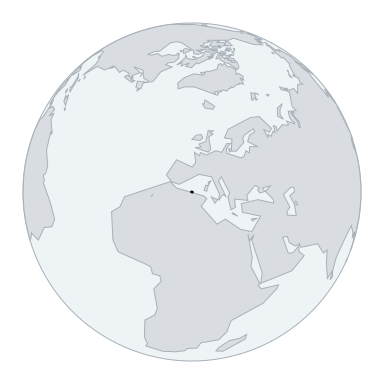 Tizi Ouzou highlighted on a globe, orthographic projection, rotated 29°
{"feature_id": "DZA-2197", "entity_name": "Tizi Ouzou", "entity_type": "Province", "adm_level": 1, "iso_a3": "DZA", "parent_name": "Algeria", "parent_adm1": "", "projection": "orthographic", "projection_center": [4.213, 36.689], "detail": "fine", "context": "on_globe", "style": "filled", "palette": "ink", "viewbox_px": 384, "rotation_deg": 29, "n_neighbors": 0, "source": "natural_earth", "source_scale": "10m", "svg_char_len": 10102}
<svg xmlns="http://www.w3.org/2000/svg" viewBox="0 0 384 384"><g transform="rotate(29 192 192)"><circle cx="192" cy="192" r="169" fill="#eef3f6" stroke="#a8b0b8"/><path d="M89.7,57.5L91.3,56.3L104.3,48.8L99.9,51.6L103.5,49.8L109.3,46.4L112.3,44.6L132.6,37.1L152.6,30.5L156.7,28.4L157.5,29.3L163.8,25.8L173.2,24.2L163.9,26.2L164.0,26.6L171.0,25.3L172.6,25.5L176.9,25.2L178.2,25.7L172.7,27.4L173.4,27.9L178.3,27.0L182.7,27.3L175.3,28.5L182.2,29.3L174.2,33.1L153.5,37.5L150.3,41.6L132.2,51.7L135.1,51.8L130.1,56.3L131.6,58.3L127.8,60.0L132.3,60.2L135.5,58.2L138.5,57.8L139.6,58.9L135.0,61.1L133.8,60.9L133.0,62.2L130.2,62.9L132.3,63.2L126.5,66.0L133.9,64.9L130.7,68.7L126.5,70.2L124.8,67.7L110.7,66.4L105.9,67.9L100.8,72.0L95.6,84.3L91.2,87.3L86.7,92.9L90.1,92.1L94.8,87.5L100.0,87.9L105.2,82.7L108.1,82.3L114.2,78.3L115.5,81.5L113.5,87.1L108.5,90.7L107.4,93.4L114.0,92.3L106.4,102.0L104.5,113.6L102.3,116.1L94.7,115.9L90.0,109.3L80.2,110.7L88.8,112.7L83.1,119.5L83.1,122.1L84.8,123.6L87.8,122.3L86.3,125.4L77.2,124.2L78.4,121.3L81.3,121.6L79.1,118.7L72.9,118.7L70.5,122.6L63.7,119.7L61.9,122.6L59.4,123.8L62.7,119.3L56.6,127.6L48.3,128.0L39.8,142.9L45.7,127.6L46.3,122.5L46.2,118.1L44.7,120.4L46.7,112.5L45.0,111.7L39.3,120.7L34.6,131.5L32.9,138.8L34.7,136.1L34.9,140.2L29.7,149.6L29.1,160.4L26.3,169.3L25.4,177.0L26.4,180.2L27.0,187.2L29.2,184.7L31.9,186.7L30.2,194.9L33.1,190.4L33.7,197.2L40.2,207.0L39.3,208.1L44.5,226.0L53.1,239.0L55.0,246.9L53.7,249.5L57.4,253.5L57.5,255.9L74.4,271.1L85.1,282.5L86.2,290.3L80.0,294.7L80.9,308.6L71.4,305.6L73.5,310.2L73.7,312.7L71.7,310.6L62.0,299.9L53.3,288.5L45.6,276.3L39.0,263.6L38.9,263.4L35.8,256.3L33.8,251.4L29.8,239.3L26.7,226.9L24.5,214.3L24.2,208.9L23.7,203.0L25.3,198.1L26.3,185.6L26.1,181.8L25.0,183.5L25.6,168.8L27.6,157.9L34.7,130.3L40.0,118.2L46.2,106.6L53.3,95.5L61.3,85.0L70.0,75.1L79.5,65.9L89.7,57.5ZM37.2,147.2L36.8,164.1L34.6,159.2L35.5,159.1L36.1,153.7L36.4,146.3L35.2,142.8L37.2,147.2ZM42.4,143.9L42.2,141.6L42.7,143.3L42.4,143.9ZM113.3,43.9L109.3,46.3L103.5,49.6L106.6,47.4L113.3,43.9ZM124.6,38.7L123.2,39.7L119.2,40.9L121.3,40.0L124.6,38.7ZM159.3,27.1L155.7,28.1L158.6,27.1L159.3,27.1ZM177.3,25.1L177.8,24.8L179.8,24.8L177.3,25.1ZM113.1,76.8L113.6,77.5L112.2,77.9L113.1,76.8ZM115.2,74.5L113.2,74.4L113.9,73.3L115.1,73.4L115.2,74.5ZM183.6,25.7L186.7,26.0L182.6,25.9L183.6,25.7ZM117.6,74.9L115.4,71.4L116.7,69.6L122.6,68.4L117.6,74.9ZM187.9,26.3L195.5,27.3L197.3,26.6L196.5,29.4L190.3,27.4L184.9,27.4L188.0,26.9L187.9,26.3ZM136.0,57.2L132.6,59.3L134.3,56.6L136.0,57.2ZM136.3,55.6L137.2,48.8L142.7,46.6L141.3,49.2L147.5,45.8L149.7,48.0L146.8,50.4L142.8,51.3L146.7,51.5L136.3,55.6ZM194.8,31.0L195.8,31.6L193.7,31.3L194.8,31.0ZM139.8,57.4L139.5,56.1L144.2,54.0L145.7,56.2L143.7,56.2L139.8,57.4ZM148.0,44.0L151.8,43.0L154.7,44.4L156.5,44.3L150.3,47.9L148.0,44.0ZM143.2,57.2L146.3,57.5L145.2,59.5L140.4,58.5L143.2,57.2ZM144.8,52.6L147.1,51.7L146.3,52.9L144.8,52.6ZM142.8,67.5L142.3,65.7L144.7,64.4L142.8,67.5ZM147.6,57.5L148.0,56.8L148.9,56.1L150.6,56.8L147.6,57.5ZM152.7,48.8L153.1,49.7L155.4,47.4L157.7,48.6L153.1,50.8L156.0,50.4L156.7,50.8L152.2,52.2L152.7,48.8ZM155.1,55.6L150.1,59.3L150.4,62.7L148.3,63.9L148.1,58.2L155.1,55.6ZM153.8,53.5L154.1,55.0L151.3,55.6L149.3,54.8L153.8,53.5ZM160.8,48.7L158.6,46.2L159.7,45.9L160.8,48.7ZM155.8,56.5L157.0,55.6L156.2,56.7L155.8,56.5ZM159.9,50.9L159.0,50.0L160.2,49.6L159.9,50.9ZM160.2,54.7L158.6,55.8L157.2,55.3L160.2,54.7ZM160.5,52.9L162.5,52.5L157.6,54.4L159.9,52.5L160.5,52.9ZM161.3,50.7L161.7,50.1L161.5,51.1L161.3,50.7ZM166.5,56.3L160.7,58.8L157.6,57.6L163.6,55.2L166.5,56.3ZM307.6,68.8L305.8,67.1L306.6,68.1L303.5,65.5L309.3,71.4L305.3,68.1L311.8,74.8L313.9,76.1L310.3,71.8L317.6,79.6L319.2,80.8L327.8,91.5L335.5,102.7L342.2,114.6L342.8,115.8L343.7,117.6L344.1,118.5L347.7,127.0L349.3,130.3L355.7,150.1L355.5,150.5L358.1,161.5L358.3,162.1L359.0,166.5L359.0,166.4L357.1,157.3L353.4,147.6L354.4,154.6L352.5,149.5L347.6,144.1L348.0,154.2L349.7,178.2L353.0,192.3L352.3,201.9L344.0,188.9L338.3,177.2L336.5,181.7L326.9,176.4L313.8,187.7L310.9,185.1L308.7,189.1L301.8,189.2L296.9,184.7L293.2,187.5L305.9,199.0L309.8,196.1L311.5,187.3L314.4,192.2L321.0,193.3L317.5,212.5L296.4,238.6L292.6,228.6L267.5,205.1L267.3,201.2L267.1,200.8L266.7,200.2L266.2,206.8L261.3,201.7L276.5,220.1L279.8,228.7L296.1,239.4L295.0,241.8L299.7,243.0L312.7,231.2L313.1,234.9L308.0,255.0L288.6,285.5L290.2,297.3L287.1,308.2L272.9,319.6L272.0,326.1L264.3,330.8L262.4,334.5L255.0,339.8L243.5,345.5L226.2,349.0L226.8,346.5L220.7,341.9L212.9,326.8L219.0,317.7L218.2,310.8L205.5,295.2L208.4,285.1L204.6,281.0L197.0,282.6L192.3,277.5L187.5,277.5L156.4,280.1L146.0,272.2L131.2,248.2L136.1,239.8L135.3,228.8L167.9,193.5L176.6,196.0L204.4,189.7L208.2,190.8L207.0,200.1L229.5,208.0L234.3,199.5L252.6,201.2L263.5,197.6L263.7,179.8L245.9,185.4L240.8,178.2L253.4,166.7L268.7,162.2L267.2,159.3L255.9,155.8L257.6,148.7L251.7,154.1L255.4,156.3L251.8,160.0L248.2,158.2L249.0,155.6L243.9,155.7L241.5,168.5L245.0,172.2L232.7,177.5L237.4,184.4L234.6,188.7L225.8,178.8L225.3,174.5L210.3,164.6L209.7,169.5L223.8,179.4L220.2,179.1L219.4,186.5L217.1,180.6L201.8,169.2L189.6,173.2L177.0,191.5L169.2,193.0L161.3,189.4L162.9,171.3L180.1,170.1L180.9,164.3L174.9,156.1L180.7,156.7L180.3,153.4L186.6,152.7L192.9,144.3L198.8,142.9L198.9,132.9L202.0,131.0L201.1,137.3L203.6,141.3L218.2,138.4L220.3,135.8L219.2,129.7L223.3,130.0L220.4,124.5L227.5,120.4L216.3,121.0L214.7,114.5L217.7,108.7L215.1,106.9L210.2,116.5L210.1,120.3L213.2,123.3L211.1,134.7L206.6,137.2L201.2,126.3L194.2,129.0L193.1,119.8L207.1,98.5L214.1,93.5L230.8,97.8L230.6,102.2L224.5,102.7L232.3,107.8L230.6,104.7L234.1,105.1L233.4,99.6L235.8,99.6L231.0,94.4L233.9,93.9L236.9,97.2L238.3,89.3L243.7,87.2L242.8,85.4L240.4,84.1L248.8,82.6L247.8,81.4L244.7,81.4L240.7,79.0L236.9,74.5L240.0,74.2L241.8,75.8L250.2,79.1L254.5,83.7L255.4,83.2L252.4,79.1L242.2,75.1L239.0,72.5L244.0,73.8L241.9,73.1L241.3,71.8L243.6,70.3L238.2,68.7L227.4,55.8L230.8,52.2L236.5,54.4L232.2,46.6L236.4,44.0L233.5,43.9L229.5,40.6L228.1,41.3L226.5,41.0L215.6,34.1L215.4,32.6L207.5,30.3L206.0,30.3L205.7,31.2L196.5,29.4L197.3,26.6L200.6,26.6L198.8,25.3L206.7,25.6L212.3,25.6L221.9,27.4L225.6,27.6L224.5,27.1L228.6,27.4L241.0,30.3L235.9,30.0L218.3,28.0L225.9,28.7L225.7,29.3L229.3,30.2L234.5,30.9L234.2,30.5L250.2,37.2L265.7,43.2L261.1,39.9L262.3,39.6L275.9,45.6L300.5,62.7L302.1,63.8L307.6,68.8ZM159.0,212.8L158.6,216.2L158.6,216.3L159.0,212.8ZM286.7,165.9L294.7,162.1L288.0,153.7L290.5,151.7L287.3,149.7L287.5,153.1L279.2,147.5L281.5,142.5L279.0,138.6L276.2,139.8L273.2,149.9L285.0,157.8L284.5,163.0L286.7,165.9ZM40.5,207.2L41.1,210.0L39.8,208.4L40.5,207.2ZM33.1,161.7L33.6,164.0L33.5,166.4L32.8,165.2L33.1,161.7ZM40.2,179.6L41.4,182.7L39.7,180.9L40.2,179.6ZM37.0,166.5L39.3,177.5L36.0,174.9L34.7,168.2L36.3,170.9L37.0,166.5ZM39.6,147.4L39.6,149.4L38.8,150.4L39.6,147.4ZM42.7,145.1L42.5,144.7L43.0,142.9L42.7,145.1ZM83.7,119.6L84.4,119.8L85.5,121.9L83.8,121.9L83.7,119.6ZM97.1,125.9L94.4,130.9L95.2,127.2L92.4,128.0L90.5,121.5L101.1,117.0L96.6,120.1L97.1,125.9ZM90.9,112.2L90.9,116.4L90.5,112.0L90.9,112.2ZM172.3,137.3L175.2,139.3L174.0,143.1L166.4,146.0L168.1,140.3L172.3,137.3ZM179.6,141.3L176.4,130.3L180.9,128.4L178.9,131.3L182.3,131.1L179.9,135.7L187.5,145.2L186.9,149.3L173.2,151.7L178.0,148.5L174.9,146.6L179.6,141.3ZM160.0,109.0L158.7,105.2L170.3,106.0L170.2,109.5L162.7,112.3L158.4,109.8L160.0,109.0ZM128.3,74.0L127.0,73.2L128.3,72.5L130.4,72.5L128.3,74.0ZM142.4,66.8L135.2,76.9L133.4,76.5L131.3,83.5L125.7,85.1L127.2,80.4L121.4,87.1L120.5,83.5L117.1,88.4L121.1,77.7L120.0,75.1L123.3,77.4L128.5,75.9L130.4,74.5L135.1,68.6L135.4,62.6L140.6,60.6L144.2,60.8L144.9,61.9L141.3,62.8L144.8,63.6L140.2,65.8L142.4,66.8ZM182.9,69.2L178.5,68.8L184.8,72.7L180.2,74.2L181.2,74.6L178.6,77.1L177.3,81.0L174.9,81.2L175.5,82.6L173.8,84.5L173.7,86.6L169.4,87.9L168.9,90.6L167.1,89.7L167.5,94.2L165.3,91.5L162.9,93.9L166.3,95.3L143.2,98.9L135.3,103.2L129.8,108.5L126.7,103.6L129.9,95.8L136.3,87.7L144.5,84.6L141.6,83.2L144.6,81.3L145.6,83.2L145.9,79.3L148.7,78.3L154.4,72.4L153.1,67.7L155.2,65.6L157.1,67.0L157.8,64.0L162.8,65.2L164.4,63.8L170.9,63.8L173.6,67.6L175.2,65.8L180.2,66.0L182.9,69.2ZM168.3,56.4L172.6,60.1L172.2,62.9L161.1,61.7L158.9,62.8L151.8,62.6L152.6,58.7L154.5,59.1L156.6,58.6L155.5,60.0L158.0,58.5L160.8,59.1L163.4,58.1L164.1,59.5L168.3,56.4ZM211.3,186.9L214.0,186.9L218.0,185.9L217.6,190.7L211.3,186.9ZM200.8,179.3L203.1,178.4L204.5,184.3L201.6,184.5L200.8,179.3ZM203.1,173.1L203.1,177.9L201.4,175.4L203.1,173.1ZM203.1,136.4L205.4,135.2L206.1,136.6L205.3,138.9L203.1,136.4ZM200.6,82.5L198.1,81.5L198.5,80.7L195.3,76.7L198.5,75.6L201.6,77.5L200.6,82.5ZM261.4,183.8L259.0,188.0L257.0,187.0L258.2,185.7L261.4,183.8ZM237.8,190.2L243.7,191.0L237.6,191.5L237.8,190.2ZM203.5,80.6L201.8,79.0L204.5,79.4L203.5,80.6ZM200.6,74.5L203.5,74.6L198.5,75.0L200.6,74.5ZM309.8,294.9L296.3,316.2L290.1,319.5L290.6,315.5L296.8,303.8L304.5,297.0L308.8,290.1L309.8,294.9ZM360.5,179.3L360.2,177.2L360.0,173.9L360.5,179.3ZM353.5,193.1L355.9,198.5L355.1,202.0L353.5,193.1ZM347.2,125.1L346.4,123.4L345.3,120.9L347.2,125.1ZM228.1,70.9L229.1,77.5L231.9,82.0L236.7,84.0L230.3,84.3L226.0,77.3L228.1,70.9ZM227.2,57.6L222.9,56.3L224.4,55.3L225.6,55.5L227.2,57.6ZM224.9,57.9L220.3,59.3L217.7,57.6L221.8,56.8L224.9,57.9ZM212.1,69.4L212.1,71.3L210.0,70.9L212.1,69.4ZM273.7,44.1L271.5,42.9L270.5,42.4L273.7,44.1ZM268.4,41.3L269.8,42.1L260.3,38.9L257.3,37.9L262.6,38.7L264.3,39.6L267.3,40.9L268.4,41.3ZM197.2,31.3L195.9,31.6L196.1,31.0L197.2,31.3ZM225.8,41.5L223.5,41.0L223.8,40.2L225.8,41.5ZM217.4,39.4L218.7,40.7L216.0,39.4L217.4,39.4ZM221.9,43.8L218.6,41.3L223.6,43.5L221.9,43.8Z" fill="#d9dde1" stroke="#a8b0b8" stroke-width="1"/><path d="M191.6,191.4L191.8,191.4L192.0,191.4L192.3,191.4L192.5,191.3L192.8,191.4L192.9,191.5L193.0,191.6L193.0,191.8L192.9,191.8L192.9,192.0L192.8,192.3L192.7,192.4L192.6,192.6L192.4,192.6L192.2,192.6L191.9,192.7L191.3,192.6L191.2,192.6L191.0,192.4L190.9,192.4L190.9,192.2L191.0,192.1L191.3,192.1L191.4,191.9L191.4,191.7L191.5,191.7L191.6,191.4L191.6,191.4Z" fill="#0f172a" stroke="#020617" stroke-width="1.5"/></g></svg>